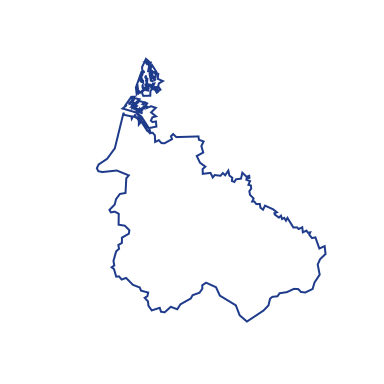 Eloy Alfaro, Esmeraldas, Ecuador (orthographic projection), rotated 338°
{"feature_id": "8360857B46981965589636", "entity_name": "Eloy Alfaro", "entity_type": "district", "adm_level": 2, "iso_a3": "ECU", "parent_name": "Ecuador", "parent_adm1": "Esmeraldas", "projection": "orthographic", "projection_center": [-78.985, 0.866], "detail": "fine", "context": "isolated", "style": "outline", "palette": "blue", "viewbox_px": 384, "rotation_deg": 338, "n_neighbors": 0, "source": "geoboundaries", "source_scale": "gbopen_adm2", "svg_char_len": 5860}
<svg xmlns="http://www.w3.org/2000/svg" viewBox="0 0 384 384"><g transform="rotate(338 192 192)"><path d="M292.6,299.5L294.7,291.9L288.9,292.1L289.4,280.3L286.0,279.7L284.7,275.5L286.5,273.7L284.2,273.2L283.7,270.7L279.7,270.9L281.0,266.0L277.0,266.3L276.2,264.2L272.7,262.9L270.8,251.8L268.4,253.8L267.8,250.5L265.4,250.8L265.6,247.3L263.0,248.3L260.3,243.9L260.5,242.5L263.1,242.6L260.7,238.4L254.6,232.0L251.2,235.0L249.6,232.2L250.4,228.5L247.1,227.3L246.2,224.2L244.2,223.4L246.7,221.1L244.7,216.3L245.5,212.7L248.2,211.0L249.0,208.0L247.0,206.5L249.9,203.6L247.0,201.0L247.9,199.6L250.5,200.4L251.1,198.4L248.3,198.3L245.9,193.0L242.4,198.0L237.5,196.7L235.0,198.6L233.1,196.7L234.7,193.9L232.8,190.7L233.7,185.8L229.0,188.9L227.7,186.0L224.5,187.6L219.4,184.8L216.7,186.3L216.3,181.2L208.8,179.2L210.5,174.7L213.9,173.5L210.4,167.9L209.9,160.4L217.2,159.6L217.9,152.9L221.7,149.5L218.0,146.2L218.8,142.9L198.0,135.2L196.2,131.2L193.4,132.4L193.3,135.5L184.7,136.5L182.0,135.2L180.6,131.5L176.6,131.8L178.8,125.5L177.7,122.3L174.1,121.6L175.6,121.2L173.5,118.9L171.3,107.7L168.0,109.5L169.0,106.9L170.8,106.6L169.2,105.1L168.8,102.5L168.2,102.3L166.7,100.6L165.0,99.6L164.6,100.4L164.0,100.6L164.1,100.9L163.9,101.4L163.6,101.6L163.9,100.5L164.8,99.6L157.9,95.0L158.2,92.9L136.8,122.6L125.8,129.4L115.8,131.5L112.7,134.3L112.9,137.6L116.3,139.9L130.3,143.9L139.6,152.9L136.2,154.7L130.0,168.0L124.4,166.8L118.9,170.2L115.6,174.7L108.7,177.7L109.2,180.5L113.1,181.3L115.9,184.8L111.7,194.8L117.1,198.1L119.6,204.0L117.8,207.0L109.9,208.1L108.0,212.9L103.8,213.6L103.1,217.3L99.5,218.6L93.4,226.4L92.4,231.0L89.3,231.7L90.8,234.3L90.0,242.1L92.7,242.9L94.0,246.8L98.7,247.0L102.4,255.9L107.8,261.0L107.8,264.4L113.7,268.8L111.6,271.9L108.5,272.4L110.2,276.9L109.0,281.1L110.3,286.7L118.7,287.3L118.4,291.4L121.6,293.3L129.3,290.5L134.4,295.2L139.2,291.8L150.9,290.3L153.9,287.9L161.2,288.2L165.3,285.6L166.6,282.3L171.1,281.4L178.6,289.3L179.0,298.5L190.2,313.5L190.0,324.2L194.4,332.7L213.9,328.7L220.4,325.8L224.4,320.2L227.2,319.3L232.2,320.7L235.3,318.7L242.5,320.4L250.2,320.0L254.1,321.8L255.6,325.5L259.3,327.6L267.5,327.1L271.7,321.8L279.4,316.5L281.4,306.3L285.7,302.2L292.6,299.5ZM200.6,54.1L199.2,51.3L192.4,57.6L191.2,61.6L191.8,61.2L192.5,62.1L192.1,63.7L191.7,61.4L190.3,64.3L187.9,66.5L188.0,69.4L187.0,70.2L187.1,70.4L188.0,70.4L188.3,70.6L187.8,72.0L186.9,70.4L186.0,71.9L187.7,68.8L185.4,70.4L187.5,67.0L185.8,68.2L190.6,61.2L179.1,74.1L177.4,80.4L178.3,79.9L179.1,76.5L180.8,73.0L181.4,72.6L179.4,80.6L181.0,80.1L180.6,79.3L180.4,77.9L181.3,80.4L185.9,78.6L185.3,78.0L185.3,76.6L185.9,74.8L186.3,74.5L185.4,77.9L188.9,80.7L189.0,79.6L187.4,78.8L187.2,77.6L189.8,77.0L188.9,75.3L189.4,74.8L190.6,74.8L191.2,71.1L192.5,70.2L191.7,68.8L191.6,68.1L193.2,66.7L191.9,68.7L193.1,70.2L190.8,74.9L189.1,75.3L190.1,77.0L187.4,78.4L189.2,79.4L189.5,81.1L190.7,77.3L191.7,75.7L196.1,78.5L196.4,77.1L197.7,77.3L196.3,78.7L194.7,78.0L194.8,79.1L193.3,80.3L194.5,79.9L197.8,81.2L195.4,81.7L193.8,81.0L196.1,83.7L197.5,82.9L198.0,83.6L198.1,82.5L199.2,82.4L198.1,83.7L196.2,83.8L196.5,86.7L198.3,86.5L197.2,86.1L198.6,84.2L198.9,85.8L201.1,85.3L200.2,81.3L201.9,78.9L206.5,78.2L202.6,74.2L205.0,69.8L201.9,66.9L202.7,69.5L201.2,71.8L200.7,72.0L199.7,70.9L198.6,71.4L198.8,72.2L199.7,72.4L199.9,72.7L199.5,73.8L200.5,73.8L199.3,74.4L198.5,72.0L198.8,68.4L195.9,72.9L197.6,75.3L195.5,73.3L196.4,70.0L200.1,64.8L199.3,65.2L198.2,64.8L198.1,66.7L197.2,66.8L197.5,67.7L196.6,68.3L196.9,66.9L198.0,64.7L199.6,64.7L198.9,62.5L202.3,56.7L198.5,55.8L199.4,57.1L199.8,58.8L196.0,64.4L199.7,58.8L198.3,55.7L200.9,55.3L199.3,53.4L199.1,54.0L198.4,53.7L198.6,54.3L198.5,54.5L197.7,54.3L198.1,54.7L197.8,55.2L197.6,54.4L197.9,54.2L198.5,54.4L198.3,53.7L199.1,53.3L200.6,54.1ZM171.8,96.1L170.1,97.9L173.4,103.2L175.9,116.6L183.5,118.0L185.0,113.1L181.5,112.3L180.6,110.4L183.3,107.9L187.0,108.4L183.9,102.9L190.0,100.4L186.1,97.1L183.6,97.2L181.7,96.0L181.5,98.1L181.3,96.2L178.8,96.0L178.7,95.5L176.7,97.2L176.1,96.6L176.0,95.9L174.8,96.9L174.6,96.8L174.4,95.9L173.8,96.1L173.3,97.2L172.7,97.5L172.9,97.9L173.6,97.1L174.3,97.1L174.5,97.3L174.2,98.2L174.8,98.2L174.7,99.8L175.0,99.8L174.9,99.2L175.3,98.7L175.9,98.8L175.2,99.0L175.1,99.8L174.7,99.9L173.9,98.7L174.2,97.3L172.8,98.2L171.8,96.1ZM171.4,81.0L161.9,87.2L164.2,87.0L158.9,88.6L169.9,97.3L171.9,94.9L169.7,93.7L169.8,92.7L170.2,92.3L171.8,91.9L170.6,89.9L169.8,91.1L168.8,91.0L168.8,91.5L168.4,92.2L167.8,92.1L168.8,90.9L169.8,91.0L167.9,90.3L178.0,86.3L173.8,83.4L172.4,84.8L170.9,85.3L171.3,86.6L170.6,87.2L171.4,87.6L171.3,87.8L170.6,88.2L170.0,88.1L169.7,88.4L167.7,89.0L170.0,88.0L171.3,87.7L170.5,87.3L170.7,85.5L171.2,84.8L172.2,84.7L172.2,84.2L167.2,86.9L166.8,86.9L166.7,86.5L166.2,86.7L173.2,83.4L173.4,82.0L169.8,82.5L173.7,81.9L171.4,81.0ZM177.4,88.0L171.9,90.1L173.2,91.6L170.1,92.7L173.3,95.0L172.8,97.2L174.5,95.3L174.7,96.8L176.1,95.8L176.8,97.1L177.8,95.5L178.7,95.4L179.0,95.9L179.1,94.7L179.7,94.5L180.2,94.6L180.6,94.8L180.9,95.3L180.8,95.6L180.1,95.7L181.3,96.1L180.9,94.6L183.6,93.1L182.1,91.3L180.9,92.3L180.0,92.4L179.4,92.0L181.8,91.4L177.4,88.0ZM194.7,79.1L191.5,76.4L192.2,77.9L191.1,77.2L190.6,79.8L189.2,81.5L186.4,79.4L182.8,80.7L182.8,84.6L189.4,87.1L191.2,82.9L193.5,81.7L193.2,80.0L194.7,79.1ZM202.6,59.8L199.2,62.7L200.4,64.9L198.8,69.6L200.9,71.9L202.6,69.5L201.6,67.0L202.9,66.6L204.1,68.1L202.6,59.8ZM175.9,120.1L176.2,117.5L172.4,107.8L173.7,117.9L175.9,120.1ZM173.5,107.0L173.0,103.1L170.9,100.9L170.9,102.0L173.5,107.0ZM170.9,106.1L170.5,104.2L169.7,103.2L169.5,104.8L170.9,106.1ZM181.7,95.7L182.1,94.6L181.0,94.6L181.7,95.7ZM180.7,95.5L179.3,94.7L179.2,95.6L180.7,95.5ZM194.0,80.8L195.5,81.1L194.4,80.0L194.0,80.8ZM168.1,102.2L168.6,102.1L167.5,101.2L168.1,102.2ZM167.8,99.6L168.2,99.5L167.4,98.7L167.8,99.6Z" fill="none" stroke="#1e3a8a" stroke-width="2"/></g></svg>